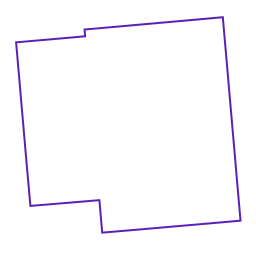 outline of Nelson, North Dakota, United States of America, rotated 265°
{"feature_id": "52423323B93170673506058", "entity_name": "Nelson", "entity_type": "district", "adm_level": 2, "iso_a3": "USA", "parent_name": "United States of America", "parent_adm1": "North Dakota", "projection": "robinson", "projection_center": [-98.234, 47.934], "detail": "fine", "context": "isolated", "style": "outline", "palette": "violet", "viewbox_px": 256, "rotation_deg": 265, "n_neighbors": 0, "source": "geoboundaries", "source_scale": "gbopen_adm2", "svg_char_len": 320}
<svg xmlns="http://www.w3.org/2000/svg" viewBox="0 0 256 256"><g transform="rotate(265 128 128)"><path d="M197.6,232.1L230.1,232.1L229.9,93.3L223.1,93.3L223.1,24.0L100.0,23.9L58.9,24.0L58.6,93.2L26.0,93.2L25.9,135.4L25.9,162.8L25.9,232.0L33.9,232.0L197.6,232.1Z" fill="none" stroke="#5b21b6" stroke-width="2"/></g></svg>